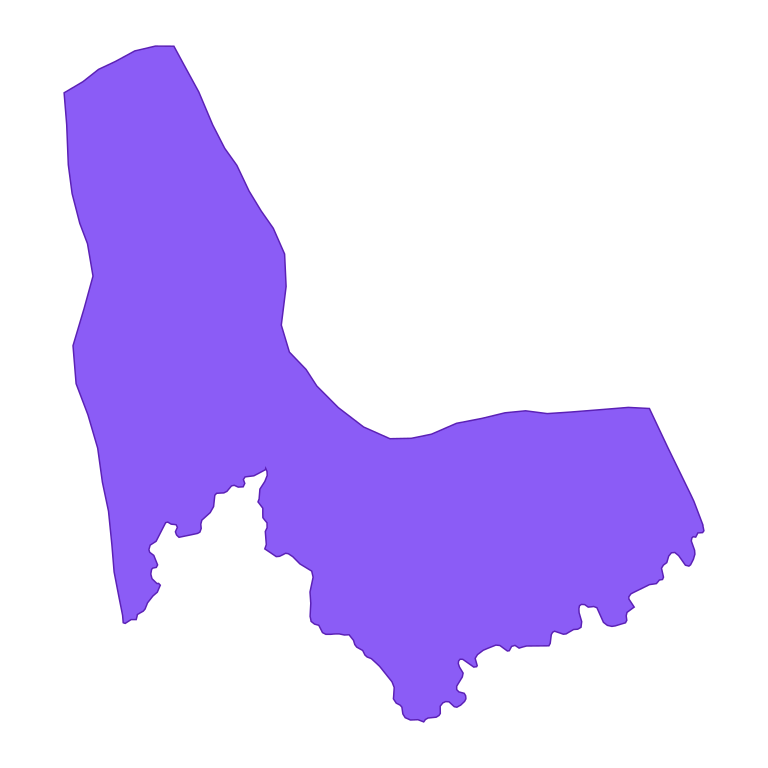 the district of La Nya Pendé, Logone Oriental, Chad
{"feature_id": "50815135B51143570982343", "entity_name": "La Nya Pendé", "entity_type": "district", "adm_level": 2, "iso_a3": "TCD", "parent_name": "Chad", "parent_adm1": "Logone Oriental", "projection": "robinson", "projection_center": [16.781, 7.997], "detail": "fine", "context": "isolated", "style": "filled", "palette": "violet", "viewbox_px": 768, "rotation_deg": 0, "n_neighbors": 0, "source": "geoboundaries", "source_scale": "gbopen_adm2", "svg_char_len": 4801}
<svg xmlns="http://www.w3.org/2000/svg" viewBox="0 0 768 768"><path d="M289.4,352.1L281.3,325.1L286.1,286.5L284.6,254.0L273.3,228.3L261.2,211.0L249.1,191.1L236.9,165.4L224.7,148.3L212.7,124.9L198.8,92.0L183.8,64.5L173.9,46.2L155.3,46.1L134.8,50.9L115.3,61.5L98.5,69.4L82.9,81.7L64.1,92.8L66.7,124.7L68.3,164.8L72.1,193.6L79.8,223.4L87.5,243.7L93.0,276.1L84.1,308.5L73.0,345.7L76.1,383.7L87.9,414.7L97.7,448.2L102.4,482.2L108.5,511.2L111.9,544.9L114.1,571.9L117.8,591.1L119.1,597.8L121.7,610.8L122.6,615.4L123.2,622.7L123.4,622.8L125.2,623.4L131.1,619.6L136.2,619.6L137.0,616.5L137.4,614.5L139.2,613.5L139.4,613.3L143.2,611.2L144.0,610.3L145.1,609.0L146.1,606.4L146.2,606.2L146.5,605.5L147.5,602.9L152.9,596.0L155.9,593.4L157.3,592.2L160.3,585.2L159.0,583.8L158.6,583.4L157.4,583.5L156.9,583.5L156.5,583.1L152.0,578.7L151.2,575.6L150.8,574.0L151.6,569.4L152.3,568.6L152.8,568.1L156.3,567.4L157.6,564.9L153.8,555.4L149.7,552.3L148.9,549.6L150.2,545.1L156.1,541.3L162.4,529.0L165.7,522.6L167.0,522.3L167.8,522.1L171.1,524.1L172.3,524.3L172.8,524.3L176.1,524.7L176.7,525.9L177.4,527.3L175.4,531.8L176.4,534.6L176.7,535.1L177.6,536.0L179.0,537.3L191.1,534.8L197.6,533.4L199.9,532.1L201.2,528.5L200.8,524.1L201.4,521.9L201.8,520.2L206.0,516.4L210.2,512.6L212.0,509.4L213.6,506.6L214.8,495.3L216.6,493.3L218.1,493.2L221.4,493.0L223.9,492.9L225.2,492.2L226.9,491.4L231.5,485.9L234.2,485.3L238.2,487.1L243.2,486.8L243.7,485.7L244.8,483.4L244.0,481.3L243.4,479.5L243.5,479.3L245.1,476.9L246.6,476.7L253.9,475.8L258.9,473.2L265.4,469.7L265.7,468.4L266.7,470.7L267.0,471.4L267.2,475.5L264.8,481.5L259.9,489.1L259.1,499.0L258.5,500.5L258.0,501.9L262.8,508.2L262.8,514.2L262.9,517.7L264.5,519.8L267.0,522.8L267.1,527.7L266.0,530.0L265.3,531.5L266.3,544.6L265.2,547.7L264.8,548.9L270.2,552.5L276.2,556.6L277.7,556.5L279.6,556.3L283.7,554.3L284.0,554.1L285.6,553.3L288.3,553.7L290.1,554.9L292.8,556.7L299.9,563.9L311.7,571.1L313.1,577.2L310.0,592.0L310.6,600.6L310.6,601.1L310.8,603.1L310.5,608.5L310.3,612.3L310.1,616.4L310.6,618.7L311.1,621.4L314.5,624.1L318.8,625.3L319.6,626.9L322.5,632.6L325.8,634.3L327.9,634.3L330.9,634.3L331.8,634.2L333.9,634.0L336.5,633.9L337.7,633.9L339.2,633.9L344.4,635.0L348.2,634.8L349.1,634.8L351.4,637.7L353.5,640.3L354.8,644.6L356.7,647.1L362.7,650.5L363.6,652.3L364.2,653.5L364.9,655.0L367.1,657.0L369.5,657.9L371.4,658.7L376.1,663.0L379.6,666.3L391.9,681.7L392.5,683.1L394.2,687.5L393.6,696.8L393.4,698.8L396.2,703.1L400.2,705.2L401.9,707.2L402.5,711.5L402.6,712.3L402.9,714.0L403.5,715.0L405.2,717.7L408.2,719.0L409.9,719.8L410.4,720.0L412.9,719.9L418.0,719.7L423.7,721.9L424.7,720.6L425.3,719.6L428.1,718.0L436.2,717.2L438.3,715.9L439.0,715.5L439.5,714.7L440.3,713.5L440.2,706.2L442.9,702.8L443.0,702.8L443.7,702.5L445.6,701.6L449.0,701.8L453.3,705.8L454.3,706.7L456.9,707.2L459.2,705.9L460.6,705.2L464.6,701.4L465.5,699.6L465.9,698.9L465.8,697.1L465.6,695.6L464.6,694.0L464.2,693.3L458.9,691.9L457.2,690.1L456.7,689.6L456.7,687.5L456.7,686.2L458.7,682.9L462.3,677.0L462.4,676.6L463.1,673.1L459.5,667.1L458.3,663.6L458.6,661.0L460.1,659.2L462.5,659.3L462.9,659.4L473.8,667.1L474.9,666.9L476.6,666.7L477.2,665.6L475.6,659.9L475.2,658.3L477.5,654.6L479.9,652.8L483.3,650.2L485.0,649.5L487.3,648.5L494.6,645.6L495.8,645.1L496.9,645.2L499.9,645.5L503.8,648.4L507.4,651.0L509.3,650.7L510.8,647.9L511.6,646.4L515.0,645.4L519.1,648.1L522.7,647.0L526.6,646.0L548.9,645.8L550.2,643.4L551.3,634.6L551.6,634.1L552.6,632.3L553.7,631.7L554.0,631.5L554.5,631.2L559.9,633.0L563.3,634.2L565.2,634.0L566.1,633.9L568.6,632.4L573.6,629.5L577.7,629.2L578.3,628.9L581.0,627.3L581.7,621.7L579.8,615.1L579.1,612.7L578.9,608.6L579.5,605.7L581.4,604.4L584.7,604.6L585.4,605.1L588.2,607.1L591.5,606.8L593.7,606.5L596.9,607.7L600.3,615.3L602.9,621.1L603.3,621.9L603.4,622.3L607.4,625.4L607.6,625.4L611.9,626.4L613.7,626.1L615.2,625.9L621.4,624.0L625.5,622.8L626.3,621.2L626.8,620.3L626.2,615.8L627.0,612.4L633.2,607.8L634.2,607.1L629.8,600.4L628.9,599.1L628.9,598.5L628.8,596.8L631.0,593.8L633.7,592.4L649.5,584.6L653.1,584.1L656.4,583.6L658.2,581.5L659.4,580.0L662.5,579.5L663.5,577.2L663.4,576.7L661.5,568.2L663.4,565.1L666.0,563.2L666.8,562.6L668.7,556.1L671.4,552.8L672.6,552.7L674.8,552.5L678.0,555.1L678.7,555.7L685.4,565.2L687.8,565.8L688.9,566.1L690.6,564.8L693.4,559.3L694.0,557.2L694.9,554.2L694.6,550.3L692.2,543.5L691.3,541.0L691.6,539.3L691.9,537.9L692.9,537.0L693.2,536.7L695.7,537.1L697.1,534.5L697.9,532.9L699.8,532.8L702.6,532.6L703.9,530.8L703.3,527.7L702.8,525.5L703.0,525.2L696.2,507.3L693.9,501.3L690.9,494.9L667.8,447.5L649.4,408.5L628.3,407.4L597.7,409.9L569.8,412.1L547.3,413.6L525.6,410.8L505.0,412.8L481.9,418.4L456.5,423.3L431.4,434.2L411.4,438.3L389.9,438.7L363.6,427.0L338.3,407.6L316.8,386.0L306.1,369.5L289.4,352.1Z" fill="#8b5cf6" stroke="#5b21b6" stroke-width="1.5"/></svg>